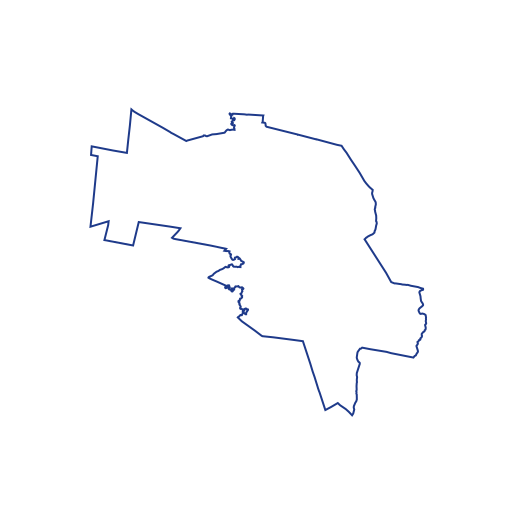 Videle, Teleorman, Romania, rotated 66°
{"feature_id": "2599482B40288902158054", "entity_name": "Videle", "entity_type": "district", "adm_level": 2, "iso_a3": "ROU", "parent_name": "Romania", "parent_adm1": "Teleorman", "projection": "robinson", "projection_center": [25.561, 44.268], "detail": "fine", "context": "isolated", "style": "outline", "palette": "blue", "viewbox_px": 512, "rotation_deg": 66, "n_neighbors": 0, "source": "geoboundaries", "source_scale": "gbopen_adm2", "svg_char_len": 6121}
<svg xmlns="http://www.w3.org/2000/svg" viewBox="0 0 512 512"><g transform="rotate(66 256 256)"><path d="M393.5,134.2L393.5,133.4L393.3,133.1L393.2,132.6L392.4,132.0L392.2,131.2L391.7,130.7L390.5,130.1L387.8,129.6L387.5,129.2L387.2,128.4L386.7,127.9L384.5,127.4L383.2,126.5L382.2,126.2L381.4,125.7L379.1,125.1L378.8,125.1L377.5,125.9L376.5,127.1L376.2,127.5L375.9,129.1L375.5,129.5L374.9,129.7L372.8,129.8L371.7,129.6L371.0,129.0L370.3,127.8L369.4,124.4L368.9,123.4L368.6,123.2L367.2,123.0L365.9,123.3L364.2,123.5L362.0,122.9L359.6,122.1L355.8,121.6L355.2,121.2L354.7,120.4L354.6,118.8L354.8,117.2L354.3,116.8L353.8,116.7L352.1,118.8L350.3,120.6L346.2,126.6L344.4,128.7L344.0,129.3L343.7,130.2L342.8,131.6L341.6,133.9L340.6,135.1L340.1,136.0L338.0,139.3L337.3,140.7L334.8,143.1L324.4,144.0L284.9,150.0L284.7,149.3L284.1,148.0L284.1,147.3L283.9,146.8L283.7,145.8L283.5,142.7L283.6,141.6L283.5,140.4L282.8,138.3L281.4,137.4L281.2,137.0L280.1,135.9L277.0,133.8L275.5,132.5L274.8,132.3L274.1,132.0L272.9,132.1L270.5,130.8L268.0,129.8L263.8,129.1L262.8,128.7L262.0,128.7L260.8,127.9L260.5,127.4L259.9,127.3L257.7,125.6L256.2,125.0L255.1,124.8L252.6,125.1L250.8,125.2L246.5,124.7L245.5,124.2L244.4,123.3L243.1,122.5L239.7,124.1L238.1,124.7L234.5,125.8L231.5,126.5L222.1,127.5L214.1,128.8L206.8,130.1L198.5,131.3L194.3,132.3L190.1,133.0L187.3,136.9L173.9,153.4L174.0,153.5L162.4,168.0L162.3,168.5L161.9,168.6L156.6,175.4L142.2,193.8L141.0,194.2L138.9,193.5L138.3,193.5L137.8,193.9L136.6,195.9L136.1,195.3L130.9,192.5L130.6,192.2L123.7,205.4L123.2,206.9L121.9,208.9L116.8,218.8L116.6,219.5L117.3,219.9L117.4,220.2L117.4,220.5L117.0,220.9L115.5,221.6L115.1,221.9L115.3,222.3L115.8,222.4L117.1,222.0L118.6,221.9L119.8,222.8L120.0,222.9L120.6,222.0L121.5,221.6L121.7,221.2L121.6,220.6L121.0,219.9L121.4,219.6L122.0,219.6L122.4,219.8L123.1,220.7L123.1,221.1L122.8,221.7L122.8,222.1L123.5,223.6L124.0,223.6L124.7,223.0L125.0,223.0L125.3,223.2L125.3,223.7L125.1,224.5L125.3,224.9L126.1,224.8L127.0,224.2L127.5,223.3L127.6,222.5L128.0,222.3L128.3,222.4L128.9,223.2L130.0,224.0L130.9,223.9L132.0,224.3L131.2,225.6L130.8,226.7L130.4,228.6L130.1,229.1L129.1,230.1L129.0,230.4L129.2,231.8L129.9,233.3L130.5,234.3L130.5,234.9L128.5,242.7L127.1,246.6L126.7,252.0L126.2,252.8L125.1,253.6L124.6,254.8L125.0,255.4L125.0,255.9L122.6,271.7L122.6,272.9L110.8,281.9L109.0,283.4L107.9,284.0L101.2,288.8L78.4,305.9L75.0,308.3L72.9,309.5L71.4,310.2L85.6,318.2L97.5,325.2L109.3,332.0L101.4,343.8L89.0,361.5L96.6,365.6L100.5,360.0L142.0,383.6L161.9,395.3L164.3,376.5L167.7,378.5L179.8,388.0L196.4,364.0L177.3,349.3L194.3,322.4L199.9,313.8L201.4,316.3L202.3,318.2L205.2,325.3L206.5,324.4L207.6,323.0L228.0,293.2L237.3,280.4L238.4,282.7L239.4,281.2L240.3,279.2L241.0,278.3L241.9,279.0L243.1,279.1L243.5,278.9L243.8,278.4L244.4,278.2L245.2,278.8L245.6,279.4L246.6,279.5L248.8,279.3L249.9,279.0L250.1,278.7L250.4,278.0L250.3,276.6L249.8,276.5L249.1,276.1L248.9,275.8L249.2,274.4L248.9,273.6L249.4,273.0L250.3,272.6L251.0,273.0L251.5,273.2L251.9,272.2L251.8,271.9L252.6,271.7L254.5,271.5L255.7,270.4L256.8,269.7L257.6,270.3L257.8,270.7L257.6,271.5L257.8,272.5L257.5,273.0L258.7,274.4L259.4,274.5L259.8,274.7L259.5,275.3L258.9,276.1L258.7,277.3L257.9,278.0L257.6,278.9L256.6,280.8L255.9,281.1L255.2,281.0L254.8,281.2L253.9,281.3L253.8,281.5L253.7,281.8L253.7,283.2L253.4,284.5L253.5,284.9L253.9,285.1L254.8,284.8L255.1,285.1L255.1,285.6L255.0,286.3L254.3,287.4L253.6,288.0L253.5,288.3L254.1,290.8L254.2,292.5L254.0,294.6L254.4,296.4L254.3,298.4L255.1,301.8L255.7,302.9L256.0,303.6L256.0,307.3L256.1,307.8L256.3,308.2L256.5,308.3L257.5,307.6L259.8,305.6L263.1,302.5L270.7,295.7L271.8,296.1L272.0,296.9L272.2,297.0L272.8,297.0L273.1,296.8L273.2,296.3L273.1,294.8L272.8,294.6L271.4,294.3L271.4,293.6L271.8,292.6L272.3,292.6L273.9,292.8L274.0,293.0L274.2,294.2L274.9,294.3L275.7,294.0L276.0,293.6L276.2,292.4L276.9,291.9L276.8,291.6L275.8,291.3L275.9,291.0L276.7,290.9L277.8,291.4L277.9,291.6L277.7,292.5L277.8,292.7L278.3,292.6L278.7,292.3L278.8,291.9L277.9,290.3L277.8,289.6L276.4,289.0L276.0,287.7L275.5,287.3L275.5,286.8L276.2,285.7L276.3,284.4L276.7,284.2L277.7,284.0L278.1,283.7L278.4,283.2L278.9,281.5L280.3,280.8L280.7,280.8L280.9,281.1L280.8,282.4L282.7,282.8L282.9,283.3L283.8,284.1L284.2,284.8L284.2,285.5L284.6,285.6L285.3,285.2L286.0,285.2L286.8,284.9L286.9,285.0L286.9,285.4L287.7,285.3L288.1,285.5L288.7,286.7L288.5,287.9L289.8,288.8L290.5,289.7L290.5,289.9L290.0,290.2L290.1,290.4L290.7,290.3L291.3,290.0L291.5,290.1L291.5,290.6L293.3,290.4L293.6,290.9L293.8,290.9L295.8,290.5L296.5,290.9L297.0,291.7L297.6,291.8L298.2,291.4L298.3,290.9L299.3,290.1L299.3,289.8L299.7,289.4L300.0,289.6L300.3,290.1L301.2,290.6L301.3,289.9L301.1,289.0L300.3,288.8L299.7,288.1L299.7,287.8L299.8,286.8L300.6,286.6L300.5,286.0L300.7,285.9L301.5,285.6L301.7,285.1L302.0,285.2L303.8,288.0L305.2,288.7L305.0,289.2L304.5,289.5L303.3,290.0L303.0,290.1L302.9,290.5L303.1,291.5L303.5,292.2L304.2,292.8L304.3,293.0L304.1,293.5L303.7,293.8L303.6,294.1L303.8,294.9L304.3,295.7L304.4,296.9L304.7,297.6L309.9,295.5L323.7,287.4L331.2,283.3L331.9,282.7L337.3,273.3L347.9,255.9L352.9,247.8L376.5,250.2L384.4,251.2L390.3,251.7L400.4,252.9L401.8,253.1L405.2,253.4L406.3,253.4L424.9,255.3L424.5,249.1L423.8,242.9L423.6,241.1L426.5,239.9L432.3,236.3L436.1,234.6L440.6,233.0L439.5,231.3L436.2,228.7L434.3,228.4L433.0,227.7L430.3,224.8L429.6,223.6L428.0,222.2L423.5,220.3L422.6,220.3L421.2,219.5L420.2,219.4L419.8,218.9L419.0,218.4L415.8,217.1L413.1,215.7L412.2,215.0L411.3,214.8L409.6,214.0L407.8,212.9L405.8,212.5L403.9,211.5L396.8,205.1L395.8,204.7L395.1,204.9L394.4,205.4L392.9,205.6L390.7,205.5L389.6,205.2L385.5,202.6L384.9,202.0L383.0,198.7L383.2,198.3L383.3,197.7L382.9,196.3L387.7,189.4L396.7,175.7L399.7,172.1L412.8,153.5L411.9,151.8L411.8,150.4L410.4,148.8L410.0,147.9L409.3,147.0L408.1,146.6L403.7,146.1L403.3,145.9L402.6,144.6L402.0,143.8L400.7,143.6L400.2,143.4L400.1,142.3L399.2,141.5L399.3,140.5L399.3,140.0L399.0,139.7L398.4,139.6L398.2,139.5L397.6,137.8L396.9,137.1L396.5,136.8L395.6,136.8L394.5,136.2L393.5,134.2Z" fill="none" stroke="#1e3a8a" stroke-width="2"/></g></svg>